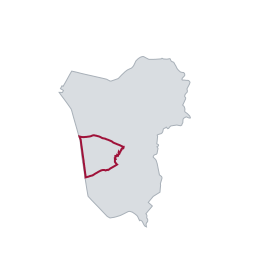 Al-Najaf, An-Najaf, Iraq shown in context, rotated 42°
{"feature_id": "34846034B29737598200853", "entity_name": "Al-Najaf", "entity_type": "district", "adm_level": 2, "iso_a3": "IRQ", "parent_name": "Iraq", "parent_adm1": "An-Najaf", "projection": "albers", "projection_center": [43.801, 31.101], "detail": "fine", "context": "in_parent", "style": "outline", "palette": "rose", "viewbox_px": 256, "rotation_deg": 42, "n_neighbors": 0, "source": "geoboundaries", "source_scale": "gbopen_adm2", "svg_char_len": 6959}
<svg xmlns="http://www.w3.org/2000/svg" viewBox="0 0 256 256"><g transform="rotate(42 128 128)"><path d="M106.6,53.4L108.1,53.0L110.9,50.8L112.6,48.6L113.1,48.4L114.5,49.1L115.6,49.4L118.0,48.6L119.4,49.0L120.6,49.5L121.3,49.6L124.5,50.9L125.3,51.1L126.9,51.3L129.4,51.3L131.0,50.5L132.1,49.6L132.9,49.6L133.7,49.8L134.3,50.2L134.9,50.8L135.1,51.7L135.0,54.6L135.3,55.4L135.7,55.9L136.3,56.0L137.0,55.4L138.1,54.5L139.6,53.5L140.7,52.5L141.3,52.2L142.2,52.2L143.2,52.4L143.7,52.8L143.7,53.0L144.3,54.3L145.6,59.4L146.3,60.0L147.1,60.5L147.7,61.3L148.0,62.0L147.9,63.2L148.0,64.6L148.3,65.6L148.8,66.4L149.3,66.8L149.9,66.8L150.7,67.0L151.3,67.8L153.1,73.5L153.2,74.3L154.0,74.5L155.1,74.4L156.4,75.0L157.7,75.9L158.9,77.6L159.8,77.9L162.4,77.6L165.9,77.8L167.6,78.7L167.4,79.2L166.2,79.9L163.9,80.7L163.3,81.9L162.9,83.5L163.0,84.5L163.6,85.4L165.2,87.4L165.3,88.1L165.6,89.1L166.0,89.8L165.6,91.1L164.2,92.0L162.3,93.1L158.6,97.6L158.3,98.5L158.4,101.1L158.0,101.9L156.8,101.9L155.8,101.8L155.8,102.7L155.2,103.9L154.9,105.0L156.3,107.5L156.6,108.8L156.4,110.0L155.1,112.1L154.4,113.5L154.5,113.8L155.6,114.4L158.9,118.9L159.9,120.5L161.3,120.1L161.8,120.1L162.2,120.3L162.4,120.9L162.5,121.6L162.1,122.6L163.9,123.0L164.5,124.0L166.6,127.5L166.6,128.6L165.6,130.3L165.6,131.4L165.9,132.4L166.2,132.8L169.2,132.9L170.5,133.2L173.6,135.0L177.2,137.7L180.2,139.9L182.7,141.8L185.4,141.6L186.1,141.9L186.8,142.5L187.6,144.1L189.3,147.7L190.6,148.8L192.7,151.7L194.7,154.3L193.6,158.1L192.5,162.0L192.7,167.0L192.8,169.7L195.4,169.7L198.3,169.7L198.4,172.9L198.5,176.1L198.7,179.8L199.6,179.9L200.9,180.6L201.6,181.8L202.3,182.4L203.2,182.5L204.1,183.0L205.0,184.1L205.3,184.9L205.1,185.4L205.3,186.4L206.0,187.7L206.8,188.3L207.9,189.1L206.4,189.6L204.7,189.3L201.1,187.9L200.0,187.9L198.5,188.5L198.5,189.1L194.6,187.4L193.3,187.1L192.8,187.1L190.7,187.2L187.6,187.6L185.8,188.4L184.6,189.2L184.1,190.0L183.9,190.4L183.0,192.7L181.9,195.6L180.8,198.2L178.6,201.9L177.4,203.7L174.8,206.9L171.8,207.6L165.0,207.1L157.4,206.5L149.9,206.0L144.2,205.5L143.8,205.3L138.2,200.9L133.9,197.4L128.4,193.0L122.9,188.4L117.3,183.8L113.2,180.5L108.3,176.1L103.9,172.2L100.4,169.1L95.9,166.3L92.5,164.1L87.4,160.9L83.4,158.4L79.9,156.2L74.6,152.8L72.9,151.9L67.3,150.6L62.1,149.5L56.6,148.4L53.0,147.6L55.5,145.4L54.9,143.3L53.1,143.6L51.5,144.0L50.7,140.8L51.9,140.5L51.0,136.2L50.0,131.9L49.0,127.7L48.1,123.4L52.7,120.8L56.2,119.0L61.1,116.3L65.7,113.7L70.2,111.2L75.0,108.5L79.4,106.1L83.3,105.1L84.1,104.3L86.0,100.9L87.6,97.9L87.7,97.2L87.8,92.9L88.2,87.9L88.7,85.3L89.7,82.9L90.5,81.2L90.6,79.6L90.5,78.0L89.8,75.5L89.0,72.9L89.1,70.4L89.3,69.1L89.9,67.0L90.8,65.4L91.8,64.5L95.5,63.6L97.6,63.0L100.6,60.3L102.3,58.7L104.7,56.2L106.5,54.3L106.6,53.7L106.6,53.4Z" fill="#d9dde1" stroke="#a8b0b8" stroke-width="1"/><path d="M139.4,159.3L138.9,159.0L138.5,158.5L137.9,157.9L137.7,157.7L137.3,157.2L137.5,157.0L137.8,156.8L137.9,156.7L138.2,156.5L138.4,156.5L138.6,156.3L138.4,155.9L138.1,155.6L137.8,155.1L138.0,155.0L138.4,154.9L138.7,154.8L138.8,154.8L138.6,154.5L138.7,154.2L138.8,153.7L138.8,153.4L138.8,153.0L138.8,152.7L138.7,152.6L138.4,152.4L138.0,152.4L138.0,152.6L137.8,152.6L137.6,152.6L137.4,152.5L137.3,152.3L137.5,152.4L137.8,152.4L137.9,152.2L138.0,151.8L138.1,151.7L138.3,151.7L138.2,151.1L138.2,150.7L138.0,150.3L137.9,149.9L137.7,149.6L137.6,149.2L137.8,149.0L137.8,148.9L137.7,148.8L137.7,148.7L137.6,148.3L137.5,148.2L137.5,147.9L137.4,147.8L137.5,147.7L137.5,147.4L137.5,147.2L137.4,147.1L137.3,146.9L137.2,146.6L137.3,146.6L137.5,146.5L137.7,146.4L137.8,146.3L138.0,146.2L137.9,146.0L137.9,145.8L137.8,145.7L137.7,145.5L137.6,145.3L137.5,145.0L137.4,144.9L137.3,145.0L137.2,145.2L137.1,145.3L137.0,145.5L136.9,145.6L136.7,145.5L136.6,145.4L136.4,145.4L136.0,145.5L135.8,145.6L135.1,145.8L134.1,146.1L133.8,146.2L133.6,146.2L133.5,146.3L133.1,146.4L132.3,146.7L132.1,146.8L131.8,146.9L131.5,147.0L131.1,147.2L130.5,147.4L129.8,147.6L129.1,147.9L128.5,148.1L128.0,148.3L127.3,148.5L127.1,148.6L126.9,148.7L126.6,148.7L126.2,148.7L125.7,148.7L125.4,148.8L125.0,148.8L124.7,148.8L124.4,148.9L124.1,149.1L123.6,149.2L123.1,149.4L122.8,149.5L122.3,149.7L121.9,149.8L121.3,150.0L120.8,150.2L120.3,150.5L119.9,150.6L119.6,150.7L119.3,150.9L118.8,151.0L118.6,151.1L118.4,151.1L118.1,151.3L117.8,151.4L117.4,151.7L117.0,151.9L116.5,152.2L116.3,152.4L115.9,152.5L115.6,152.7L115.3,152.8L114.8,152.9L114.4,153.0L113.9,153.1L113.5,153.2L113.2,153.3L112.9,153.4L112.1,153.7L111.7,153.9L111.3,154.1L111.0,154.3L110.6,154.5L110.2,154.7L109.9,154.8L109.5,155.0L109.1,155.3L108.4,155.7L107.8,156.0L107.5,156.2L107.3,156.4L107.2,156.6L107.0,156.8L106.9,156.9L106.7,157.3L106.5,157.6L106.2,158.2L106.1,158.5L105.8,159.1L105.7,159.2L105.4,159.6L105.2,159.9L105.1,160.0L104.9,160.3L104.6,160.6L104.4,160.8L104.0,161.3L103.8,161.5L103.5,161.9L103.1,162.4L102.5,163.0L102.1,163.4L101.5,164.1L101.3,164.4L100.9,164.6L100.6,164.9L100.0,165.4L99.6,165.7L99.2,165.9L98.5,166.3L98.0,166.6L97.6,166.8L97.9,167.0L98.6,167.3L100.2,168.1L100.6,168.3L100.8,168.5L101.2,168.8L102.1,169.6L102.7,170.1L103.6,170.9L105.0,172.1L105.9,172.8L106.7,173.5L107.3,174.0L109.0,175.4L109.9,176.2L111.2,177.3L113.1,178.9L113.7,179.4L114.9,180.4L116.1,181.4L116.5,181.7L117.3,182.4L117.9,183.0L118.6,183.6L119.2,184.0L120.0,184.8L120.8,185.4L121.0,185.6L121.5,186.1L122.1,186.5L122.6,187.0L123.2,187.5L123.7,187.9L124.1,188.3L124.6,188.7L125.3,189.3L125.7,189.6L125.8,189.7L125.9,189.9L126.0,190.0L126.3,190.2L126.4,190.3L126.5,190.4L126.7,190.5L126.9,190.7L127.1,190.8L127.3,191.0L127.5,191.1L127.7,191.3L127.8,191.4L127.9,191.5L128.1,191.6L128.3,191.8L128.4,192.0L128.5,192.1L128.9,192.4L129.1,192.5L129.3,192.6L129.5,192.8L129.6,193.0L129.7,192.9L129.8,192.7L130.0,192.4L130.2,192.1L130.3,191.9L130.5,191.5L130.7,191.3L130.9,191.0L131.2,190.6L131.3,190.4L131.4,190.2L131.5,189.9L131.6,189.7L131.8,189.4L131.9,189.1L132.1,188.8L132.2,188.7L132.3,188.6L132.4,188.4L132.6,188.1L132.8,187.8L133.0,187.5L133.2,187.3L133.3,187.0L133.4,186.8L133.4,186.7L133.5,186.6L133.5,186.4L133.6,186.1L133.7,185.9L133.8,185.5L133.9,184.9L134.0,184.5L134.1,184.2L134.2,183.9L134.3,183.5L134.5,183.0L134.7,182.4L134.9,181.8L135.1,181.2L135.3,180.4L135.9,178.9L136.1,178.2L136.2,177.9L136.4,177.7L136.6,177.3L136.7,177.1L136.9,176.7L137.1,176.4L137.3,176.2L137.6,175.9L137.8,175.7L138.0,175.5L138.2,175.3L138.3,175.2L138.6,175.0L138.8,174.9L139.0,174.8L139.4,174.7L139.5,174.7L139.8,174.5L139.9,174.4L140.0,174.1L140.0,173.9L140.4,173.3L140.5,173.2L140.7,172.9L140.8,172.9L141.0,172.8L141.1,172.7L141.3,172.6L141.3,172.2L141.7,171.5L141.8,170.9L141.8,170.4L142.2,169.1L142.4,168.6L142.6,167.9L142.9,167.1L143.1,166.3L143.3,165.9L143.7,164.6L144.1,163.3L144.2,162.8L144.3,162.5L144.1,162.5L143.9,162.5L143.6,162.4L142.9,162.3L142.0,162.2L141.2,162.0L140.9,161.9L140.8,161.7L140.6,161.5L140.3,161.2L139.3,160.1L138.8,159.6L139.1,159.5L139.4,159.3L139.4,159.3Z" fill="none" stroke="#9f1239" stroke-width="2"/></g></svg>